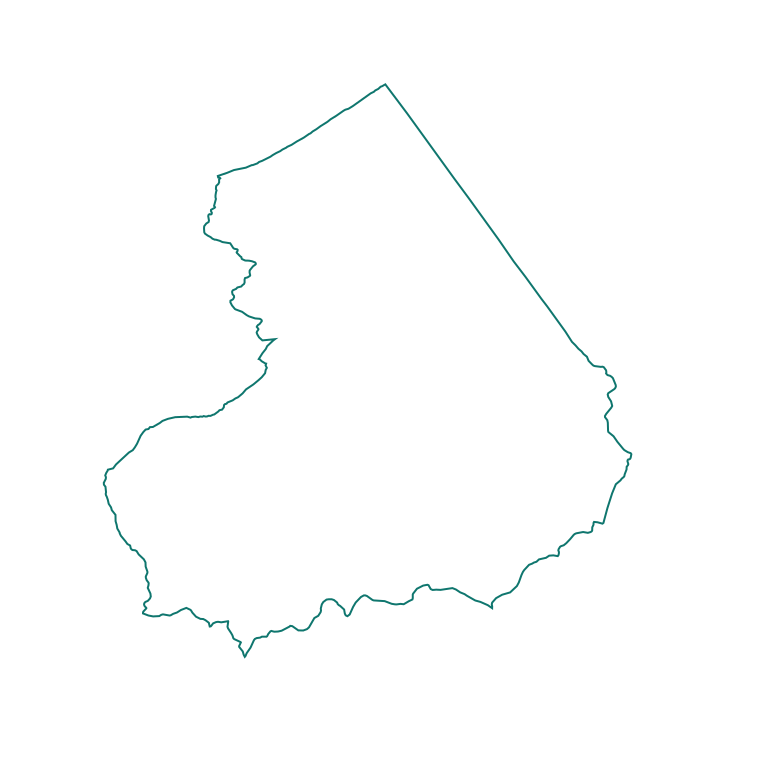 outline of Chepen, La Libertad, Peru, rotated 101°
{"feature_id": "86281439B86274987783552", "entity_name": "Chepen", "entity_type": "district", "adm_level": 2, "iso_a3": "PER", "parent_name": "Peru", "parent_adm1": "La Libertad", "projection": "mercator", "projection_center": [-79.436, -7.136], "detail": "fine", "context": "isolated", "style": "outline", "palette": "teal", "viewbox_px": 768, "rotation_deg": 101, "n_neighbors": 0, "source": "geoboundaries", "source_scale": "gbopen_adm2", "svg_char_len": 6160}
<svg xmlns="http://www.w3.org/2000/svg" viewBox="0 0 768 768"><g transform="rotate(101 384 384)"><path d="M583.4,235.1L581.6,235.4L579.6,236.2L577.9,236.1L572.8,233.1L568.3,227.8L564.5,220.4L557.0,215.0L553.1,213.8L545.3,212.6L542.0,211.8L539.9,210.9L533.8,207.1L532.0,204.2L530.7,202.8L529.4,200.4L526.6,198.4L523.7,191.8L521.0,189.1L519.9,185.1L519.8,180.6L518.8,180.1L517.0,180.0L515.6,180.2L514.1,181.1L512.9,181.1L510.2,180.1L509.4,179.3L508.0,176.8L505.5,174.7L500.8,171.7L495.9,169.0L494.9,168.2L493.9,166.8L491.3,160.3L491.2,155.5L489.9,152.9L489.0,152.0L488.2,151.7L484.9,152.2L482.2,151.5L480.3,151.8L479.3,151.5L479.0,148.0L479.4,142.9L478.5,142.1L463.1,141.0L447.8,139.2L438.2,137.3L433.5,133.5L431.6,132.6L429.5,130.9L428.6,130.5L426.8,130.5L421.6,129.6L419.0,130.0L416.9,129.0L416.0,128.9L413.3,130.3L412.3,130.3L411.5,129.9L411.1,128.8L410.4,128.1L409.3,127.8L405.7,127.8L404.8,128.7L404.4,131.7L403.0,135.5L402.0,136.9L396.2,143.9L391.5,148.7L388.4,154.5L387.3,155.1L379.3,156.9L376.9,157.9L374.4,160.7L373.3,161.0L371.0,160.2L363.9,156.4L362.0,155.8L357.7,157.8L353.9,161.4L351.6,162.4L350.2,162.1L345.1,157.0L344.0,156.3L342.4,155.9L340.9,156.3L334.6,160.4L333.5,162.0L332.8,163.7L332.6,166.3L331.3,168.0L329.9,168.0L328.2,168.6L325.6,171.4L325.3,172.7L325.8,174.4L326.2,180.4L326.0,181.9L325.2,183.3L322.2,187.6L318.5,190.0L316.5,193.8L314.3,196.3L312.3,199.9L309.6,203.3L306.8,207.5L298.0,215.9L276.6,238.7L270.4,245.7L252.0,265.4L238.9,280.1L220.3,299.1L185.4,336.3L169.0,354.2L114.0,412.9L89.6,439.9L92.0,442.6L92.8,444.0L95.4,445.9L97.5,448.6L99.1,449.7L101.2,452.5L117.2,467.7L120.6,471.4L122.1,474.3L123.4,475.8L129.9,482.1L134.3,486.9L137.4,489.5L142.9,495.4L146.8,499.0L149.7,502.2L152.0,504.0L152.8,505.2L157.5,509.8L162.6,515.9L166.9,520.4L169.7,524.3L170.6,525.0L173.2,528.4L175.2,530.3L177.8,533.8L180.6,537.0L182.5,538.8L188.2,546.2L189.9,549.0L191.6,550.4L194.1,554.5L194.4,555.6L198.0,560.9L202.6,572.1L206.6,578.2L211.5,586.8L212.9,586.2L212.9,584.6L213.3,584.0L214.7,584.9L217.5,584.3L219.3,584.8L221.4,586.4L222.3,586.5L224.7,586.2L225.9,585.3L227.6,585.5L230.9,585.4L233.0,585.0L234.4,584.3L241.6,584.8L242.7,583.6L243.4,583.9L246.0,587.0L247.2,586.9L248.9,585.6L250.1,585.7L250.6,586.3L250.6,587.8L251.5,588.5L252.7,588.6L256.9,587.0L258.5,587.1L260.4,589.1L263.4,590.6L265.4,590.4L269.3,589.4L270.5,588.5L271.9,585.5L272.9,582.2L274.1,580.1L274.6,577.7L274.4,576.5L274.8,572.4L275.5,569.7L275.2,561.8L279.2,558.0L279.8,556.8L279.8,553.9L280.3,553.2L281.6,553.2L282.8,553.8L283.4,553.4L286.1,549.5L286.6,548.3L288.3,547.5L288.5,547.1L289.3,543.8L288.7,540.1L288.7,537.1L289.2,533.8L289.9,533.0L290.6,532.7L291.3,533.0L293.4,535.0L297.5,537.2L298.5,537.5L300.3,537.2L302.8,536.1L303.5,536.3L305.4,538.3L306.5,540.6L308.0,540.8L311.0,540.2L312.5,540.5L314.1,541.9L315.5,542.7L317.2,546.3L318.9,547.4L320.8,550.2L321.7,550.6L322.6,550.7L324.8,549.8L326.1,548.1L327.4,547.7L329.3,548.2L330.0,548.7L331.5,550.6L333.1,550.4L335.9,548.2L338.8,544.7L339.1,543.8L340.2,537.1L342.6,531.9L343.4,529.4L344.2,523.0L343.7,518.4L344.3,516.7L345.0,516.1L345.8,516.0L348.9,517.6L350.1,518.9L351.6,519.7L352.2,519.8L353.8,517.9L354.4,517.7L356.9,518.7L357.9,518.8L359.5,517.8L362.1,515.5L364.4,511.7L360.8,499.6L362.2,500.9L369.1,505.9L372.2,506.7L377.0,509.2L383.4,511.7L383.6,510.5L385.0,508.4L386.5,504.3L386.5,503.6L388.3,503.8L390.5,502.1L392.7,502.8L396.1,502.8L400.7,505.3L404.3,508.0L409.4,512.2L415.6,518.4L420.2,521.0L424.9,524.8L426.5,527.1L428.9,529.4L432.0,534.1L433.4,534.8L434.2,536.4L435.2,537.0L437.5,536.8L440.1,538.1L441.1,540.5L442.6,541.4L446.3,544.8L446.8,546.0L448.4,548.2L448.7,550.1L449.6,551.5L450.0,552.9L449.9,554.9L450.7,555.9L451.0,558.2L451.9,559.9L452.0,563.0L453.1,566.4L453.9,567.5L453.6,570.9L456.4,582.6L459.4,589.4L462.5,594.4L465.0,596.6L470.3,602.7L471.0,605.5L473.1,606.6L474.2,609.3L477.1,611.1L481.2,613.0L489.7,615.0L493.8,616.5L496.9,618.0L499.9,621.3L514.1,631.7L518.5,633.8L520.8,638.7L522.0,638.8L524.0,639.6L526.9,640.2L528.5,639.2L530.2,639.0L534.5,640.2L536.3,639.7L538.0,637.8L543.3,636.2L545.0,636.2L546.2,635.7L547.6,634.6L550.4,633.0L554.1,631.4L557.2,628.4L559.8,627.1L563.7,622.6L569.9,621.3L573.2,619.6L576.8,618.2L580.2,615.2L581.1,614.9L583.2,613.3L587.8,607.7L590.0,605.4L591.0,602.4L593.7,601.2L594.3,600.6L595.0,599.3L594.7,596.7L595.2,595.0L598.1,592.3L601.9,586.3L604.6,584.1L608.8,583.1L613.2,580.5L614.5,580.2L618.4,581.1L619.7,580.8L621.9,579.5L623.7,577.5L624.4,577.0L626.5,576.8L629.2,577.0L634.3,573.3L637.1,572.4L639.2,572.8L642.0,574.5L643.5,576.7L645.0,577.5L646.0,577.5L646.8,577.2L647.9,576.4L649.0,574.7L649.6,574.5L653.1,576.7L654.0,577.0L655.2,576.8L656.2,571.1L656.2,566.3L654.7,560.3L653.1,558.6L652.3,557.0L652.2,550.3L651.7,549.2L649.9,547.2L647.8,543.6L644.6,540.2L641.5,535.3L642.6,531.0L643.1,530.2L645.0,528.5L648.3,524.1L649.6,519.4L649.2,516.6L649.9,514.2L651.8,510.4L655.3,508.8L655.0,507.9L654.3,507.4L651.6,506.1L649.8,503.5L649.1,501.6L649.0,498.3L646.6,491.8L646.9,491.6L652.2,491.3L653.7,490.4L657.7,486.5L659.7,484.8L662.4,483.3L663.0,482.3L664.7,475.5L665.0,475.2L668.9,476.2L669.7,476.0L673.5,471.6L676.5,470.1L678.4,468.6L677.3,468.0L674.6,467.5L668.2,464.7L660.3,462.8L658.9,462.1L657.7,460.5L656.6,457.2L655.3,455.6L654.5,451.2L653.9,450.6L651.4,449.9L648.5,448.3L647.9,447.5L648.1,444.5L647.2,440.8L645.7,437.4L640.1,430.4L639.3,429.9L639.2,427.8L642.2,421.1L641.4,416.3L639.3,412.8L637.2,411.2L627.0,407.7L624.1,404.3L620.1,402.7L618.4,402.6L616.5,403.2L612.2,403.0L609.6,402.0L606.6,399.3L605.9,397.3L605.3,394.2L605.6,391.9L607.5,388.3L608.8,387.5L609.7,386.2L610.2,384.7L613.0,380.1L616.7,378.7L617.9,377.9L618.5,377.2L618.9,375.6L616.8,373.7L608.7,371.8L603.9,370.1L597.5,366.0L595.4,363.5L595.1,362.3L595.3,360.4L598.2,354.1L598.4,352.8L597.0,341.9L598.3,334.5L598.2,331.2L598.0,329.7L596.7,325.9L596.4,322.6L592.4,318.1L590.1,315.0L588.7,314.9L585.2,315.6L584.2,315.4L578.7,312.6L574.4,307.1L572.8,303.1L573.0,301.9L576.4,299.0L576.9,297.0L575.9,293.4L575.3,289.2L571.3,277.9L572.0,274.2L574.0,269.4L574.9,264.8L576.0,262.3L579.1,253.1L579.5,247.8L581.3,239.9L583.4,235.1Z" fill="none" stroke="#0f766e" stroke-width="2"/></g></svg>